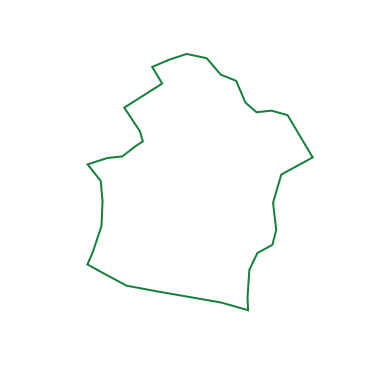 outline of Ablekuma Central Municipal, Greater Accra, Ghana, rotated 157°
{"feature_id": "2480657B99533750399286", "entity_name": "Ablekuma Central Municipal", "entity_type": "district", "adm_level": 2, "iso_a3": "GHA", "parent_name": "Ghana", "parent_adm1": "Greater Accra", "projection": "robinson", "projection_center": [-0.239, 5.554], "detail": "fine", "context": "isolated", "style": "outline", "palette": "green", "viewbox_px": 384, "rotation_deg": 157, "n_neighbors": 0, "source": "geoboundaries", "source_scale": "gbopen_adm2", "svg_char_len": 615}
<svg xmlns="http://www.w3.org/2000/svg" viewBox="0 0 384 384"><g transform="rotate(157 192 192)"><path d="M277.3,258.2L271.7,237.8L277.9,218.6L288.7,195.9L299.6,183.6L307.3,174.9L316.6,166.2L304.2,150.4L288.7,131.2L262.4,113.8L208.3,78.8L186.6,61.3L181.9,73.6L169.6,98.0L155.6,110.3L138.6,112.0L129.3,124.2L121.6,150.4L103.0,173.2L67.4,176.7L74.0,225.4L87.0,235.8L101.4,240.2L107.9,253.4L107.9,277.0L119.7,288.8L126.2,309.4L143.1,321.2L161.4,322.7L179.7,322.7L177.1,303.5L221.4,296.1L216.2,268.2L217.5,257.8L225.4,256.4L242.3,252.0L256.7,256.4L277.3,258.2Z" fill="none" stroke="#15803d" stroke-width="2"/></g></svg>